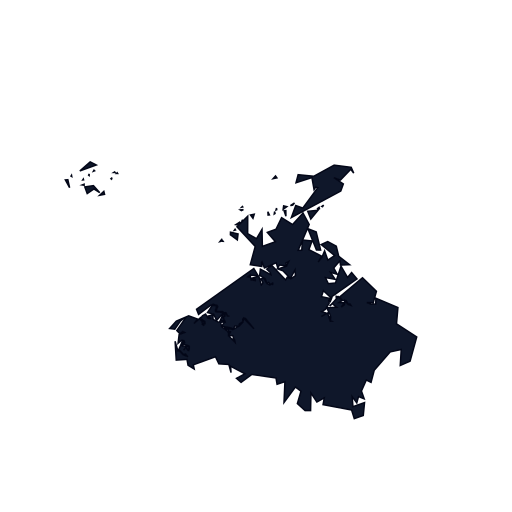 outline of San Lorenzo, Chiriquí, Panama, rotated 135°
{"feature_id": "35544464B69995284434654", "entity_name": "San Lorenzo", "entity_type": "district", "adm_level": 2, "iso_a3": "PAN", "parent_name": "Panama", "parent_adm1": "Chiriquí", "projection": "albers", "projection_center": [-82.13, 8.214], "detail": "fine", "context": "isolated", "style": "filled", "palette": "ink", "viewbox_px": 512, "rotation_deg": 135, "n_neighbors": 0, "source": "geoboundaries", "source_scale": "gbopen_adm2", "svg_char_len": 6193}
<svg xmlns="http://www.w3.org/2000/svg" viewBox="0 0 512 512"><g transform="rotate(135 256 256)"><path d="M351.9,196.0L347.1,180.5L356.3,183.3L355.9,177.2L342.7,175.2L328.1,155.6L331.8,150.4L324.4,146.7L339.8,132.6L320.8,135.5L319.8,128.6L331.1,122.4L330.6,112.0L326.7,108.1L314.0,120.3L316.2,109.7L308.0,107.4L313.7,103.5L297.3,79.5L301.5,71.5L292.9,67.4L282.9,75.6L294.0,80.9L287.4,88.6L288.6,80.9L282.9,84.1L280.5,78.5L276.9,86.0L265.7,90.3L264.0,85.3L253.2,91.6L228.9,93.3L219.4,87.2L231.4,76.6L221.4,72.7L199.6,85.1L204.6,108.7L192.1,119.2L201.1,141.4L205.3,137.4L208.7,140.5L210.6,144.8L206.0,140.1L195.8,145.9L196.1,165.3L225.7,167.9L226.2,163.3L223.7,160.7L224.8,157.0L223.4,155.4L223.8,153.8L225.3,156.8L224.7,161.6L228.0,159.0L231.9,159.5L226.7,160.6L230.3,164.4L226.9,163.7L226.5,169.0L235.8,168.6L235.2,162.7L242.6,169.4L245.1,162.1L246.4,159.9L249.0,157.8L248.6,156.4L249.6,157.3L245.7,165.1L252.6,167.0L246.5,165.5L248.9,170.3L244.8,169.2L237.8,170.8L236.0,173.2L233.6,173.5L238.5,181.0L232.9,183.8L232.5,173.9L200.8,168.4L200.1,176.7L206.4,176.1L203.1,188.7L218.9,180.7L224.4,185.3L222.2,191.7L216.5,183.5L214.9,191.9L211.5,185.6L209.5,192.6L200.0,193.3L202.7,189.9L196.0,183.7L197.7,197.3L192.3,206.2L195.1,215.5L201.8,218.0L200.1,200.7L208.1,202.3L203.9,211.1L210.5,208.4L216.3,207.8L209.7,209.5L214.1,223.1L205.7,227.0L211.8,234.4L219.6,227.7L222.2,230.2L196.1,240.7L192.4,253.1L207.9,252.4L210.8,265.0L222.9,260.8L231.3,264.7L232.2,252.4L244.7,258.3L232.9,270.6L243.4,267.9L246.1,277.7L233.7,290.0L248.8,290.1L249.8,263.3L266.2,253.9L259.3,244.5L256.6,247.7L255.8,247.7L258.5,241.6L246.5,236.9L249.0,232.2L245.8,233.0L241.5,227.5L239.9,229.9L236.7,229.0L241.8,227.2L249.7,231.4L247.4,226.4L247.6,215.8L238.2,218.6L242.0,214.2L247.4,215.2L249.0,218.9L252.0,218.1L251.5,238.2L257.7,239.1L257.6,234.1L258.7,232.2L262.2,243.6L267.1,239.7L265.5,233.4L267.6,228.8L265.6,228.4L265.6,227.6L266.4,225.8L263.6,225.1L263.7,224.5L265.0,223.8L263.7,225.0L266.7,225.7L267.8,228.7L266.3,234.8L268.7,236.4L269.9,232.3L271.3,231.7L272.7,231.8L268.3,239.8L275.5,243.7L273.0,240.5L273.0,239.9L273.9,239.1L276.4,242.7L273.9,246.3L275.5,245.6L276.5,247.1L274.0,246.9L268.4,240.8L266.4,248.7L335.7,260.4L337.9,255.3L322.8,253.2L320.4,252.2L318.4,248.5L318.9,247.2L323.5,245.3L318.9,240.3L318.9,238.6L326.9,235.7L325.0,233.5L324.5,231.6L322.9,235.8L321.9,236.0L320.2,235.7L319.6,237.3L317.7,237.6L317.3,236.8L318.5,233.9L317.1,232.3L318.7,233.8L317.5,237.0L318.7,237.4L320.1,235.5L322.7,235.7L324.1,231.6L329.8,230.7L324.2,222.4L324.4,220.6L320.3,221.4L318.1,218.6L315.5,219.8L311.8,218.8L310.1,220.7L309.0,220.9L308.0,220.1L307.6,219.2L308.9,206.0L308.8,220.7L311.8,218.5L317.2,218.3L324.2,220.2L329.4,227.9L327.6,223.5L328.9,222.1L327.5,220.5L328.0,220.1L328.7,220.0L329.6,221.0L329.6,219.7L331.6,218.9L328.7,216.1L329.9,213.9L331.0,213.6L330.3,212.8L330.4,211.8L331.9,209.6L331.8,219.1L329.6,221.3L327.9,220.5L329.2,222.3L330.4,229.9L327.7,234.8L329.5,235.9L331.1,241.6L328.1,244.9L332.8,247.7L332.0,243.2L334.0,245.9L332.7,250.6L336.1,251.6L340.1,250.8L338.9,248.9L340.3,247.7L338.9,247.7L338.4,246.0L339.9,244.2L341.6,244.9L341.8,245.9L341.9,243.3L342.3,245.7L341.5,246.1L340.0,244.4L338.8,246.0L340.6,247.5L340.4,250.7L337.9,251.6L347.6,252.1L341.9,252.7L345.9,261.3L358.4,266.3L368.3,265.8L365.2,261.7L355.6,263.4L351.2,263.1L350.2,261.9L364.7,259.3L364.8,254.7L361.1,254.4L360.5,252.3L365.9,254.8L372.8,249.4L368.3,249.1L366.7,247.0L367.7,245.3L371.3,245.7L369.1,244.2L367.0,240.0L367.2,239.1L369.3,237.1L370.5,236.9L370.9,237.4L370.2,240.9L373.9,240.6L370.1,241.1L370.2,237.1L367.4,239.3L371.9,244.7L371.5,245.9L370.7,246.6L367.5,245.9L367.6,248.1L377.8,244.0L376.7,242.8L377.0,237.7L375.1,236.4L375.4,232.9L377.4,237.7L377.3,242.8L378.4,244.0L373.5,252.9L386.0,238.8L377.9,231.7L381.3,226.8L379.6,219.8L377.3,223.4L355.9,213.4L358.5,206.0L351.9,198.5L356.1,191.2L351.9,196.0ZM150.1,242.0L143.3,245.2L145.6,256.4L142.6,250.0L127.7,250.3L128.3,245.5L126.0,251.4L136.5,265.0L158.7,271.5L168.7,283.7L175.9,279.5L161.0,271.9L168.0,261.9L165.0,262.5L164.0,260.6L189.0,256.8L192.2,263.6L203.8,258.2L150.1,242.0ZM209.0,217.5L206.1,214.5L196.4,230.5L200.0,238.6L209.0,217.5ZM329.4,238.3L319.0,238.9L323.8,245.0L323.1,246.4L319.0,248.4L321.7,252.0L330.3,250.3L327.1,244.9L329.4,238.3ZM191.1,243.4L179.8,244.5L187.8,251.0L191.1,243.4ZM320.4,440.7L304.6,433.3L306.7,439.8L320.4,440.7ZM321.7,411.3L321.2,420.7L328.2,425.9L331.2,419.5L323.2,418.0L321.7,411.3ZM257.8,280.6L253.1,284.3L257.2,290.9L259.1,289.1L257.8,280.6ZM337.0,444.6L339.5,436.1L335.1,443.0L337.0,444.6ZM323.6,409.5L319.5,406.7L317.9,409.3L323.6,409.5ZM189.2,298.6L186.0,296.5L185.6,298.8L189.2,298.6ZM203.8,269.8L199.3,269.1L201.0,271.9L203.8,269.8ZM206.7,263.0L202.8,267.0L204.2,268.1L206.7,263.0ZM230.9,288.9L231.5,284.8L227.7,286.8L230.9,288.9ZM233.1,173.2L236.5,170.9L232.3,172.7L233.1,173.2ZM196.0,267.3L194.1,266.0L191.3,266.3L196.0,267.3ZM216.3,278.9L218.5,276.4L217.5,275.6L216.3,278.9ZM247.5,291.7L242.9,291.3L248.0,292.4L247.5,291.7ZM211.4,274.3L213.4,272.8L212.5,272.6L211.4,274.3ZM179.6,246.1L177.6,244.7L177.0,245.8L179.6,246.1ZM325.3,233.0L327.7,233.9L325.5,232.2L325.3,233.0ZM234.2,298.4L232.1,297.7L234.5,299.7L234.2,298.4ZM238.4,168.3L236.3,168.5L238.5,168.7L238.4,168.3ZM328.6,429.1L327.5,427.6L326.8,428.3L328.6,429.1ZM228.9,169.6L227.0,169.5L227.8,170.8L228.9,169.6ZM270.0,290.9L268.9,289.7L268.8,290.3L270.0,290.9ZM207.6,275.4L209.3,274.4L208.6,274.1L207.6,275.4ZM270.8,291.4L267.7,292.1L271.3,291.7L270.8,291.4ZM323.7,432.5L324.7,432.3L324.1,431.8L323.7,432.5ZM174.1,243.8L172.2,244.2L174.4,244.5L174.1,243.8ZM309.9,431.2L311.0,430.9L309.9,430.4L309.9,431.2ZM244.4,165.1L245.5,164.3L245.0,163.5L244.4,165.1ZM302.4,413.2L303.9,413.2L303.8,412.5L302.4,413.2ZM240.5,290.9L241.8,290.5L240.5,290.4L240.5,290.9ZM315.9,432.0L317.2,431.5L317.1,430.9L315.9,432.0ZM295.3,413.0L296.3,413.0L295.5,412.2L295.3,413.0ZM253.1,289.5L252.1,288.9L251.9,289.7L253.1,289.5ZM296.5,415.4L297.4,415.6L296.6,414.8L296.5,415.4ZM230.6,300.6L231.5,300.6L230.7,300.1L230.6,300.6ZM329.4,443.5L330.3,443.3L330.1,442.5L329.4,443.5ZM247.3,161.1L246.5,160.3L246.4,160.6L247.3,161.1Z" fill="#0f172a" stroke="#020617" stroke-width="1.5"/></g></svg>